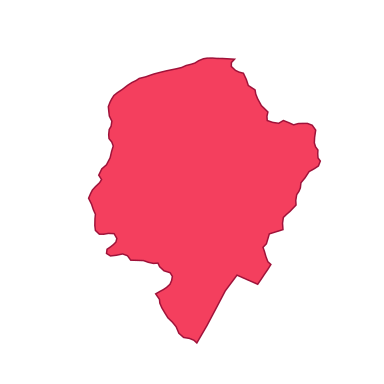 Paracuru, Ceará, Brazil, rotated 291°
{"feature_id": "56859067B64518825165882", "entity_name": "Paracuru", "entity_type": "district", "adm_level": 2, "iso_a3": "BRA", "parent_name": "Brazil", "parent_adm1": "Ceará", "projection": "robinson", "projection_center": [-39.039, -3.479], "detail": "fine", "context": "isolated", "style": "filled", "palette": "rose", "viewbox_px": 384, "rotation_deg": 291, "n_neighbors": 0, "source": "geoboundaries", "source_scale": "gbopen_adm2", "svg_char_len": 2050}
<svg xmlns="http://www.w3.org/2000/svg" viewBox="0 0 384 384"><g transform="rotate(291 192 192)"><path d="M331.2,184.1L327.7,173.0L325.6,167.3L324.4,163.2L322.4,158.2L320.5,154.9L316.9,151.1L313.4,148.5L311.0,145.5L308.0,141.2L304.5,137.7L301.4,133.2L298.4,128.5L295.9,124.6L292.3,119.4L288.5,114.1L286.1,111.2L283.0,107.6L279.1,102.0L276.1,99.9L272.7,96.7L268.6,93.7L262.4,89.9L258.1,86.8L254.1,84.5L250.2,83.7L246.6,83.3L241.7,83.3L237.9,85.2L233.3,87.6L229.4,91.8L224.4,92.9L220.7,92.3L215.6,93.7L212.1,95.4L209.9,99.2L206.7,102.0L201.1,102.4L194.6,103.3L186.7,102.4L181.3,99.5L174.3,98.9L171.2,103.1L167.5,102.4L162.5,100.0L158.1,98.3L154.4,97.9L149.1,97.7L144.5,102.7L140.2,106.2L136.6,109.8L132.3,111.0L125.9,113.3L121.5,115.6L119.4,120.6L120.9,124.6L123.4,128.8L125.2,134.2L121.7,138.5L118.0,138.9L114.8,137.5L111.7,135.7L108.1,133.2L104.0,134.2L103.1,138.8L105.8,144.0L109.3,149.4L109.4,154.6L106.4,159.2L108.4,164.9L110.6,171.3L110.7,176.3L111.5,181.6L113.4,185.7L110.6,188.6L108.4,194.1L108.8,200.5L106.2,203.9L102.1,204.7L97.9,204.5L93.7,202.4L90.6,200.2L87.6,197.6L83.9,194.6L80.1,200.1L76.7,201.8L73.1,205.3L69.3,210.1L65.9,214.6L63.5,220.3L60.5,225.5L55.4,230.4L53.2,236.3L54.4,242.0L54.3,246.9L52.8,250.6L72.5,253.8L90.6,256.0L111.7,258.5L130.5,263.8L129.4,286.4L136.1,288.0L140.7,289.0L146.9,290.5L152.6,291.6L154.1,287.8L158.1,284.2L162.5,280.9L165.8,278.1L170.3,280.0L180.6,279.2L189.5,290.4L195.3,287.7L201.0,286.4L204.9,288.2L209.2,290.5L212.8,292.0L217.1,293.8L221.3,291.9L227.0,290.7L231.1,291.6L234.6,291.7L239.7,290.4L245.6,292.4L253.0,294.0L257.8,298.0L261.6,300.7L266.9,300.7L269.0,297.4L272.7,295.7L276.3,294.5L278.4,291.2L281.7,288.6L286.9,286.9L294.1,285.3L297.4,280.3L297.4,275.1L295.5,270.3L294.0,266.7L291.1,262.8L291.4,257.9L291.5,251.7L287.2,248.3L285.9,242.3L285.7,236.6L289.6,234.8L293.9,234.2L295.6,230.3L297.5,225.8L302.7,219.7L306.3,216.4L309.9,214.3L311.6,206.4L316.5,202.4L321.3,197.4L320.8,192.9L321.1,189.0L323.3,183.7L327.0,182.4L331.2,184.1Z" fill="#f43f5e" stroke="#9f1239" stroke-width="1.5"/></g></svg>